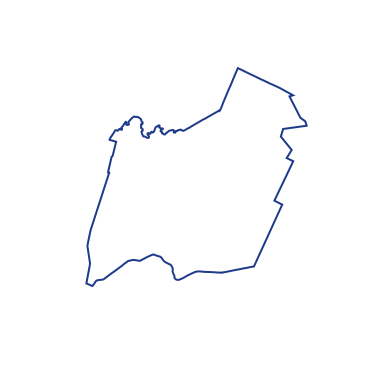 outline of Purani, Teleorman, Romania, rotated 139°
{"feature_id": "2599482B66350034268187", "entity_name": "Purani", "entity_type": "district", "adm_level": 2, "iso_a3": "ROU", "parent_name": "Romania", "parent_adm1": "Teleorman", "projection": "orthographic", "projection_center": [25.428, 44.372], "detail": "fine", "context": "isolated", "style": "outline", "palette": "blue", "viewbox_px": 384, "rotation_deg": 139, "n_neighbors": 0, "source": "geoboundaries", "source_scale": "gbopen_adm2", "svg_char_len": 5810}
<svg xmlns="http://www.w3.org/2000/svg" viewBox="0 0 384 384"><g transform="rotate(139 192 192)"><path d="M57.6,213.1L60.7,220.0L62.1,222.9L64.7,229.0L66.0,231.8L71.3,244.1L74.3,251.2L74.9,252.6L76.1,255.4L78.6,254.2L81.8,252.7L93.2,247.0L95.5,246.0L99.1,244.3L104.5,241.6L106.5,240.6L109.8,239.0L114.7,236.4L116.8,235.4L117.1,235.3L117.6,235.2L117.9,235.2L117.7,235.6L119.9,236.0L127.8,237.6L134.5,238.9L135.7,239.3L141.5,240.4L143.0,240.7L151.0,242.2L152.2,242.3L153.1,242.6L153.7,242.8L153.8,242.9L154.2,242.9L154.4,242.9L155.0,243.0L157.5,243.5L158.5,243.9L158.6,244.4L158.8,244.7L159.5,245.6L159.6,245.8L159.6,246.5L159.8,246.7L161.4,247.4L161.7,247.7L161.9,247.8L162.2,247.8L162.7,247.7L162.9,247.7L163.2,247.9L163.7,248.3L164.2,248.5L164.6,248.6L164.8,248.4L165.0,248.1L165.3,247.9L165.6,247.9L165.8,247.9L166.2,248.3L166.5,248.6L166.6,248.8L166.6,249.1L165.7,249.7L165.5,249.9L165.4,250.1L165.4,250.4L165.4,250.7L165.5,251.0L165.8,251.3L166.1,251.6L167.4,252.3L168.7,253.0L169.0,253.1L169.5,253.2L171.0,253.3L172.5,253.3L173.0,253.4L173.5,253.4L174.0,253.3L174.4,253.2L174.8,253.3L175.1,253.5L175.3,253.8L175.4,254.2L175.5,254.8L176.0,255.5L176.0,255.8L175.7,256.1L175.3,256.6L175.3,256.8L175.3,257.0L175.7,257.5L175.8,257.9L175.8,258.2L175.7,258.6L175.5,258.8L175.2,259.1L174.8,259.3L174.4,259.2L174.0,259.2L173.6,259.0L173.2,258.6L172.9,258.5L172.7,258.6L172.5,258.9L172.6,259.2L172.7,259.5L172.9,259.7L173.1,259.9L173.5,260.1L173.7,260.4L173.9,260.6L174.0,260.8L174.1,261.1L174.1,261.8L174.3,262.4L174.2,262.6L173.1,263.1L172.9,263.3L172.9,263.5L173.0,263.7L173.2,263.9L173.8,264.2L174.0,264.3L174.4,264.4L175.6,264.4L176.2,264.6L177.0,264.7L178.2,264.1L178.9,263.8L179.6,263.3L180.1,263.0L181.4,262.6L181.9,262.5L182.2,262.5L182.5,262.6L182.7,262.8L182.8,263.5L182.9,263.9L183.0,264.0L183.3,264.0L183.8,264.0L184.1,263.9L184.9,263.4L185.1,263.4L185.3,263.4L185.5,263.4L185.7,263.6L186.0,264.8L186.1,265.0L186.5,265.2L187.2,265.2L187.4,265.1L187.6,265.0L187.7,264.8L187.8,264.6L187.8,264.4L187.8,263.9L187.8,263.2L187.9,262.7L187.9,262.3L188.1,262.1L188.3,261.8L188.5,261.7L188.9,261.5L189.1,261.4L189.4,261.5L189.7,261.6L190.0,261.9L190.3,262.4L190.5,262.7L190.9,264.0L191.3,265.0L192.0,265.5L192.1,265.9L192.2,266.2L192.1,266.6L191.9,267.4L191.7,268.2L191.2,269.4L190.6,270.6L190.4,270.8L190.2,270.9L189.8,270.9L189.6,270.7L189.3,270.6L189.1,270.7L188.5,271.1L188.3,271.4L188.3,271.6L188.0,272.1L188.0,272.3L188.0,272.5L188.3,273.0L188.4,273.3L188.3,273.8L188.2,273.9L188.0,274.2L187.8,274.6L187.7,274.7L187.1,275.1L186.9,275.3L186.5,275.9L186.3,276.2L186.2,276.4L185.7,276.5L185.4,276.4L185.1,275.9L184.9,275.9L184.7,276.0L184.3,276.2L183.9,276.5L183.7,276.7L183.6,276.9L183.6,277.2L183.7,277.8L183.7,278.3L183.6,278.9L183.1,279.7L182.8,280.2L182.8,280.8L183.0,281.6L183.2,282.7L183.3,283.1L183.5,283.4L183.6,284.1L183.8,284.4L184.1,284.7L184.4,285.0L184.8,285.1L185.2,285.5L185.9,286.7L186.0,286.8L186.4,286.9L187.4,287.1L189.1,287.2L189.9,287.1L191.3,286.9L192.5,286.7L193.7,286.6L194.0,286.5L194.6,286.1L194.9,285.7L195.0,285.5L195.0,284.8L195.1,284.7L195.4,284.4L195.6,284.4L195.9,284.5L196.6,284.9L197.0,285.3L197.2,285.5L197.3,285.7L197.4,285.9L197.3,286.2L197.2,286.6L197.0,286.9L196.1,287.6L195.9,287.8L195.8,288.0L195.9,288.3L196.0,288.4L196.3,288.4L196.8,288.3L197.8,288.0L198.7,287.9L199.4,287.7L200.0,287.3L200.3,287.2L200.8,287.1L201.7,287.1L202.5,286.9L203.0,286.8L203.4,286.7L203.6,286.6L203.6,286.3L203.4,285.8L203.4,285.6L203.5,285.4L203.6,285.2L203.8,285.1L204.0,285.0L204.3,285.1L204.4,285.3L204.6,285.5L204.7,286.0L204.8,286.5L205.0,286.8L205.2,287.0L205.4,287.2L205.7,287.2L206.0,287.2L207.0,286.9L207.3,286.9L207.7,286.9L207.9,287.0L208.0,287.2L208.2,287.5L208.4,288.0L208.6,288.3L208.9,288.5L209.3,288.8L209.5,288.9L211.8,288.1L212.5,287.9L215.5,287.1L216.6,286.9L217.3,286.7L219.0,286.0L219.8,285.7L220.0,285.5L218.6,283.2L218.3,283.0L218.2,282.7L217.2,281.1L216.3,279.7L228.2,271.3L229.6,271.3L242.5,261.9L241.8,260.9L260.9,249.4L293.6,229.7L303.5,222.2L306.4,219.8L315.8,205.0L317.9,203.2L331.7,192.3L329.0,186.6L328.5,186.7L328.3,186.4L323.8,187.5L322.6,187.8L322.1,187.8L322.0,187.7L321.4,187.4L319.9,186.6L317.4,184.8L316.3,184.2L316.0,184.1L314.4,184.0L307.0,183.5L302.5,183.0L295.2,182.5L294.1,182.3L293.1,182.3L292.2,182.3L289.4,182.2L287.4,181.9L286.3,181.9L285.9,181.9L285.5,181.8L285.1,181.6L284.0,181.0L281.1,179.5L280.8,179.2L280.2,178.6L278.0,176.0L277.3,175.2L276.9,174.6L276.7,174.4L276.4,174.2L276.1,174.1L273.2,173.5L271.1,172.9L268.3,172.3L265.7,171.5L264.4,171.1L263.1,170.6L262.6,170.5L262.4,170.4L262.2,170.2L259.6,165.8L259.3,165.4L259.0,164.8L258.6,164.4L258.4,164.0L258.3,163.5L258.2,162.7L258.3,160.9L258.4,160.1L258.5,159.0L258.5,158.0L258.4,157.5L258.1,156.5L257.8,155.5L257.3,154.4L256.7,152.8L256.0,151.5L255.9,151.2L255.9,150.6L255.9,150.0L256.1,149.0L256.4,148.0L256.6,147.3L256.7,147.0L257.2,146.3L257.7,145.8L258.6,145.0L259.1,144.2L259.5,143.1L259.8,142.2L260.3,140.5L260.4,140.1L260.6,139.8L261.3,139.1L261.5,138.6L261.6,138.2L261.6,137.4L261.4,136.5L261.1,135.9L260.6,135.2L260.1,134.7L259.6,134.4L258.9,134.1L256.5,133.3L255.1,132.9L253.7,132.6L251.6,132.2L250.3,132.0L248.1,131.3L247.2,131.1L246.0,130.8L244.1,130.2L243.1,129.9L242.4,129.7L241.8,129.5L241.2,129.1L239.4,128.0L239.0,127.7L236.5,125.2L235.2,123.7L233.6,122.3L232.4,121.1L229.7,118.7L229.0,117.8L228.3,117.2L227.8,116.8L226.0,114.9L224.7,113.7L223.9,113.0L223.4,112.4L222.5,111.7L222.1,111.5L222.2,111.4L221.4,110.9L215.3,107.4L213.1,106.2L210.6,104.8L208.3,103.4L204.1,101.0L202.3,100.0L201.1,99.2L200.3,98.7L199.3,98.2L197.3,97.1L195.3,96.0L194.7,95.5L194.2,95.1L132.2,123.3L135.5,131.4L95.4,148.8L98.3,155.5L89.2,158.3L88.6,175.5L81.9,179.8L62.0,166.8L60.1,171.1L61.5,176.8L55.7,200.2L52.3,198.7L57.6,213.1Z" fill="none" stroke="#1e3a8a" stroke-width="2"/></g></svg>